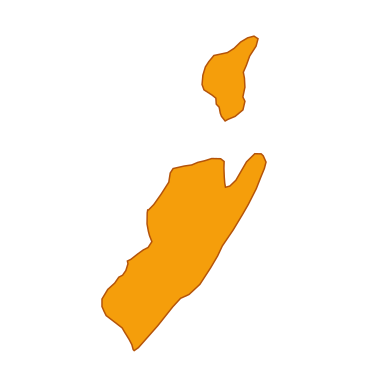 outline of Vaxholm, Stockholm, Sweden, rotated 303°
{"feature_id": "70781695B74265456300359", "entity_name": "Vaxholm", "entity_type": "district", "adm_level": 2, "iso_a3": "SWE", "parent_name": "Sweden", "parent_adm1": "Stockholm", "projection": "equal_earth", "projection_center": [18.262, 59.415], "detail": "fine", "context": "isolated", "style": "filled", "palette": "amber", "viewbox_px": 384, "rotation_deg": 303, "n_neighbors": 0, "source": "geoboundaries", "source_scale": "gbopen_adm2", "svg_char_len": 1373}
<svg xmlns="http://www.w3.org/2000/svg" viewBox="0 0 384 384"><g transform="rotate(303 192 192)"><path d="M98.9,175.4L96.9,177.4L90.1,179.3L84.4,179.1L80.7,177.0L73.5,176.8L64.4,174.4L53.2,174.8L46.9,178.9L44.1,183.1L41.6,187.3L40.0,207.4L37.5,212.4L34.1,219.6L31.2,224.7L27.8,228.5L27.5,229.9L32.2,231.8L42.2,233.3L61.2,236.1L85.3,238.4L96.6,240.3L104.4,245.3L118.8,248.9L138.5,248.9L152.3,248.3L163.2,246.8L182.6,247.2L200.4,246.6L212.0,246.0L229.8,244.1L242.0,241.6L251.1,239.9L257.4,237.8L261.1,232.1L261.7,229.3L258.3,223.8L247.0,221.3L225.8,222.4L217.6,220.5L214.2,217.5L217.3,214.6L222.0,211.0L229.2,205.9L235.1,202.3L235.5,197.9L230.8,190.3L225.1,185.6L220.1,180.8L214.5,177.0L209.5,171.3L205.4,167.3L201.4,163.4L196.1,163.4L190.7,165.8L187.6,167.2L173.2,167.3L160.7,166.8L153.2,165.3L152.8,164.6L150.1,165.8L140.7,171.7L135.4,176.7L132.3,180.1L128.5,185.4L121.6,185.4L116.9,182.7L110.7,180.3L102.2,177.4L98.9,175.4ZM310.6,135.1L304.2,135.1L295.9,137.5L287.6,141.9L284.2,146.4L284.2,156.2L283.7,160.9L278.9,164.5L277.9,168.6L273.5,172.8L271.5,175.5L269.6,181.1L272.5,182.6L278.9,187.0L288.6,190.0L296.9,187.0L299.4,182.9L308.7,179.3L316.0,174.0L320.4,169.8L327.7,168.6L337.5,166.3L349.2,166.3L356.5,163.9L356.5,159.1L351.6,154.7L344.3,151.1L335.5,149.1L328.2,145.8L324.3,141.9L318.4,136.0L310.6,135.1Z" fill="#f59e0b" stroke="#b45309" stroke-width="1.5"/></g></svg>